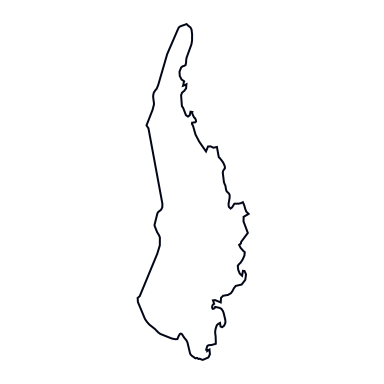 SVG path tracing the border of Comoe, rotated 179°
{"feature_id": "CIV-3460", "entity_name": "Comoe", "entity_type": "Department", "adm_level": 1, "iso_a3": "CIV", "parent_name": "Ivory Coast", "parent_adm1": "", "projection": "equal_earth", "projection_center": [-3.5, 6.565], "detail": "fine", "context": "isolated", "style": "outline", "palette": "ink", "viewbox_px": 384, "rotation_deg": 179, "n_neighbors": 0, "source": "natural_earth", "source_scale": "10m", "svg_char_len": 2802}
<svg xmlns="http://www.w3.org/2000/svg" viewBox="0 0 384 384"><g transform="rotate(179 192 192)"><path d="M248.2,87.0L246.1,88.7L227.8,130.9L225.1,139.2L224.9,146.9L225.6,149.1L227.6,152.5L229.7,158.1L230.1,159.5L227.0,171.2L226.1,172.6L223.2,174.8L222.0,177.1L221.8,180.7L234.4,256.3L236.3,259.4L236.3,259.5L230.0,274.8L228.5,280.2L228.5,281.5L229.0,285.8L229.2,288.4L228.9,290.3L228.5,291.8L228.0,292.7L227.0,294.2L225.5,295.9L224.0,299.3L214.4,330.3L202.8,355.9L202.3,356.7L201.7,357.3L200.9,357.8L194.5,360.0L192.5,358.0L190.7,356.6L189.6,354.3L189.1,349.1L189.2,347.7L189.3,343.4L190.0,339.6L195.1,326.3L195.5,324.0L195.7,321.2L196.2,319.1L197.5,318.3L199.2,317.8L200.6,316.8L202.4,312.5L202.2,308.2L200.5,304.7L197.9,302.8L198.3,301.7L198.8,299.4L199.1,298.4L196.6,299.3L195.7,299.8L196.1,295.7L198.0,293.3L200.2,291.5L201.2,288.9L200.6,278.0L199.4,276.3L196.7,268.9L194.7,267.5L192.9,268.8L192.1,272.3L190.3,272.0L190.6,271.2L189.7,268.8L188.6,266.5L187.8,265.9L187.0,264.3L186.7,262.5L187.6,261.6L190.7,261.3L190.9,260.1L189.8,258.1L187.5,249.4L183.9,242.2L177.3,232.3L175.2,237.2L172.7,237.3L169.7,235.9L166.3,236.6L164.6,226.3L163.6,225.4L160.5,221.2L159.8,219.8L159.6,219.2L159.2,218.3L158.8,217.1L158.6,215.4L159.0,214.7L159.8,213.7L160.5,212.5L160.9,211.0L159.9,201.3L159.2,199.3L158.5,197.8L158.0,194.3L157.6,192.6L157.0,191.7L155.0,189.7L154.4,188.2L154.5,185.5L155.7,179.3L155.4,176.5L153.7,174.8L152.2,175.9L149.9,179.5L149.1,179.6L145.6,179.5L143.3,180.0L141.3,180.9L140.3,178.5L139.9,177.4L139.1,174.3L138.1,171.5L135.8,169.1L140.8,166.3L141.0,161.7L136.9,150.1L143.7,141.3L144.0,139.7L145.8,138.3L144.3,135.2L141.6,132.1L140.3,130.9L140.7,127.5L142.5,123.7L144.6,120.5L146.1,119.2L147.5,117.5L147.2,113.6L145.7,109.6L143.4,107.4L142.4,112.3L140.9,112.1L139.4,108.6L140.3,103.2L144.0,98.6L150.0,97.3L151.8,95.0L153.1,92.5L154.8,90.2L157.7,88.5L162.7,87.7L164.8,85.7L165.2,81.1L170.8,83.5L172.9,83.3L171.8,79.8L172.7,79.3L173.4,78.5L173.8,77.4L173.9,75.9L173.3,74.8L172.0,75.1L170.9,76.1L170.8,76.7L166.2,75.6L164.5,74.5L163.1,72.3L162.4,70.2L160.9,63.3L160.9,60.6L162.2,57.8L164.2,56.3L165.8,57.0L166.3,60.6L168.3,59.5L169.2,58.7L169.9,57.4L170.8,54.7L171.3,52.0L171.2,49.7L170.9,47.4L170.8,41.1L170.9,39.8L175.1,38.7L178.3,38.5L179.5,37.5L180.5,34.2L179.9,34.2L179.7,34.0L179.7,33.5L179.6,32.7L178.4,33.6L177.3,34.2L176.9,29.5L178.5,26.3L183.5,24.2L184.3,24.0L184.8,24.1L187.4,25.2L188.4,24.9L189.8,26.0L190.4,26.0L191.2,25.6L192.1,26.0L193.1,26.9L195.0,28.2L196.0,29.3L196.7,30.4L199.1,41.3L199.4,42.2L199.9,43.2L200.4,44.1L202.0,46.0L204.6,50.1L205.6,50.6L206.4,50.4L206.9,49.8L207.9,48.1L209.2,45.2L211.2,45.1L214.6,45.8L226.1,50.6L228.1,52.1L231.6,55.8L237.0,60.2L239.5,63.2L241.3,66.0L248.0,82.9L248.2,86.9L248.2,87.0Z" fill="none" stroke="#020617" stroke-width="2"/></g></svg>